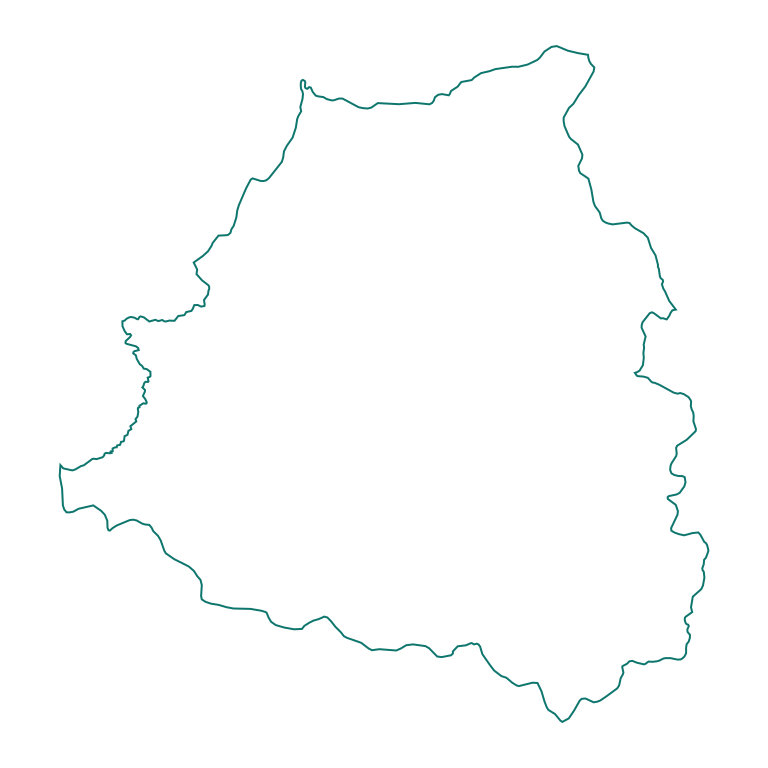 outline of Coromoro, Santander, Colombia
{"feature_id": "7082276B92015443514121", "entity_name": "Coromoro", "entity_type": "district", "adm_level": 2, "iso_a3": "COL", "parent_name": "Colombia", "parent_adm1": "Santander", "projection": "mercator", "projection_center": [-73.011, 6.24], "detail": "fine", "context": "isolated", "style": "outline", "palette": "teal", "viewbox_px": 768, "rotation_deg": 0, "n_neighbors": 0, "source": "geoboundaries", "source_scale": "gbopen_adm2", "svg_char_len": 6056}
<svg xmlns="http://www.w3.org/2000/svg" viewBox="0 0 768 768"><path d="M692.2,612.1L691.0,607.3L692.8,596.7L701.3,589.1L703.0,585.4L704.4,577.7L703.8,571.9L702.5,569.9L702.3,568.2L703.7,564.5L704.1,559.8L706.0,557.6L708.3,551.3L708.3,549.8L707.0,544.8L705.9,543.1L704.2,541.8L700.5,535.0L698.4,532.5L692.8,533.0L684.2,535.3L679.1,534.2L674.6,532.6L671.4,530.7L671.1,528.2L677.5,514.7L677.9,511.1L675.8,504.9L667.9,499.0L667.6,497.2L668.8,496.1L676.5,494.5L679.6,492.9L684.3,486.4L685.5,482.3L684.7,477.2L682.4,476.1L678.5,476.0L674.3,475.0L671.5,473.4L670.1,469.9L670.6,465.6L671.6,463.2L676.2,456.0L676.7,453.5L676.1,447.9L677.2,445.7L686.7,439.8L695.6,431.2L696.0,429.2L693.4,421.3L693.7,416.1L693.2,412.5L691.6,409.2L690.8,406.0L691.1,401.8L690.7,400.3L688.6,397.2L683.8,394.1L680.1,393.0L677.8,393.7L673.8,392.7L659.4,384.8L654.4,382.7L652.8,382.6L651.4,381.8L647.8,377.8L643.5,376.6L637.6,376.1L636.8,375.6L634.9,372.9L637.2,372.1L639.6,370.6L642.9,365.2L643.8,357.8L643.4,353.0L644.1,347.8L643.7,344.7L645.6,336.5L641.6,327.7L641.7,325.2L642.6,322.2L649.7,313.2L651.9,312.3L654.2,313.4L660.9,318.4L662.9,318.2L666.7,319.4L669.3,315.8L670.6,312.8L672.4,310.3L675.8,309.6L669.2,300.9L665.0,291.3L663.3,288.6L661.9,284.3L663.1,281.5L662.7,279.8L660.6,278.1L659.9,276.3L658.8,268.7L657.9,266.8L658.0,265.0L655.5,255.3L651.0,247.9L647.8,237.7L643.5,233.2L634.9,228.2L631.5,225.4L629.5,223.0L626.9,222.6L612.6,224.4L608.2,223.5L605.1,222.3L602.7,220.6L601.3,218.3L599.7,212.5L594.9,205.9L593.4,201.7L591.4,189.7L588.4,178.6L580.2,173.1L579.0,170.5L578.3,165.9L582.0,158.4L582.4,154.7L578.0,144.6L570.9,139.0L569.0,136.6L564.5,126.1L563.6,120.8L563.7,117.5L569.0,107.9L573.4,103.8L578.9,94.9L585.3,86.5L593.6,71.5L594.3,67.4L591.0,64.0L589.4,61.3L588.4,58.0L588.0,54.8L578.4,53.2L567.9,50.7L556.8,46.1L551.5,46.9L544.5,51.5L539.9,57.6L537.2,60.0L527.5,64.6L518.2,66.8L512.2,66.7L495.4,69.1L489.4,71.2L481.1,73.1L474.5,77.3L471.6,80.1L461.3,82.0L457.6,86.7L451.1,90.9L449.8,94.0L448.8,95.3L442.0,94.1L438.1,94.8L434.9,97.3L433.9,100.5L432.2,102.9L429.6,104.3L415.3,102.9L399.1,104.2L377.8,103.1L371.3,107.6L367.7,108.5L362.7,108.1L358.6,107.2L342.6,98.6L339.2,98.5L333.8,100.3L331.3,100.3L326.8,99.1L323.4,97.1L317.9,96.3L315.7,95.6L312.7,91.9L310.8,87.6L309.1,87.1L307.4,88.8L305.6,88.2L304.9,86.7L305.3,82.5L304.7,80.9L302.8,79.9L301.5,80.7L300.8,82.8L300.8,86.7L301.2,89.3L302.3,91.0L303.0,94.1L302.5,99.0L300.3,107.1L301.2,111.2L298.2,116.3L297.2,119.1L295.8,127.8L292.6,137.6L286.9,145.7L284.0,151.3L283.1,157.9L281.8,161.9L268.9,178.2L266.1,180.4L263.0,181.1L260.5,180.9L252.6,178.4L250.7,179.6L246.1,188.3L238.9,205.1L237.3,210.3L236.3,217.6L233.6,226.0L231.5,229.1L230.4,232.9L228.2,234.8L226.5,235.2L218.5,235.6L212.7,242.9L211.5,245.9L208.0,251.3L202.8,256.0L193.7,262.5L197.2,269.6L196.5,274.1L202.0,280.3L208.2,285.1L209.1,286.3L209.2,289.1L208.5,290.6L208.0,294.5L204.0,300.0L204.7,304.7L204.4,306.0L201.2,306.6L197.7,305.0L194.3,305.1L192.8,308.8L191.4,310.9L186.2,312.1L184.7,314.7L184.0,315.2L178.3,316.0L174.5,320.8L169.3,320.6L165.7,321.5L164.3,321.3L162.3,320.0L158.3,321.1L155.4,319.8L149.3,321.5L143.8,317.3L140.6,316.4L139.5,316.9L138.1,319.2L137.2,319.2L134.3,317.6L130.8,317.0L129.2,317.4L126.6,318.7L124.6,320.6L122.4,321.3L122.5,326.3L124.8,331.3L127.0,334.3L130.1,334.0L131.1,335.3L130.2,336.9L125.7,341.1L125.5,343.0L126.5,343.8L135.9,346.3L138.2,348.1L138.7,350.1L134.4,351.2L133.5,352.0L133.2,353.4L135.8,355.2L136.8,359.0L139.8,364.2L142.2,366.0L143.7,368.6L146.7,369.1L150.4,371.8L150.5,376.0L149.7,377.0L147.7,377.6L148.5,381.5L148.1,381.9L145.4,381.8L144.3,383.0L143.1,386.7L142.4,387.4L145.0,390.0L144.9,391.6L142.9,396.0L145.2,399.0L146.6,401.9L146.6,403.2L145.9,403.7L143.3,403.3L139.4,405.8L139.5,407.3L138.2,407.7L137.8,408.8L138.3,411.9L137.5,416.6L135.5,419.2L136.3,421.4L130.4,426.2L131.3,429.1L128.4,430.9L127.5,434.8L124.6,436.2L124.0,440.8L123.2,441.5L121.1,441.8L120.1,444.8L117.2,445.4L116.7,447.3L114.9,447.4L112.6,448.5L112.7,451.3L110.7,451.4L110.5,451.8L111.4,453.0L110.1,453.3L106.1,452.9L104.6,453.7L104.2,455.4L102.7,457.2L96.6,459.1L93.4,458.7L92.3,459.0L83.8,465.3L81.0,466.1L75.2,469.5L72.3,470.4L63.3,468.4L60.4,465.1L59.7,476.1L62.1,488.6L62.9,505.4L64.2,509.4L66.5,512.3L69.5,512.4L73.3,511.7L78.5,508.8L93.3,505.4L101.1,510.8L104.8,514.7L107.3,520.8L107.5,527.7L108.5,530.2L109.8,530.6L112.6,528.1L116.7,525.5L129.7,520.1L133.2,519.7L136.5,520.4L142.2,523.6L145.2,524.5L149.3,524.9L151.6,527.7L153.3,531.2L158.0,535.8L160.7,540.4L164.3,550.7L165.9,553.4L174.3,559.2L188.8,566.5L193.9,570.9L197.3,576.2L200.5,579.9L201.8,585.1L201.1,596.1L201.8,599.4L205.5,601.8L211.1,603.7L218.7,604.9L226.5,607.2L233.4,608.5L250.4,608.9L261.2,610.7L265.6,612.0L266.7,612.9L268.7,617.8L271.2,621.9L275.8,625.1L284.1,627.5L294.1,629.3L302.0,628.9L304.3,625.9L309.5,622.6L313.5,620.6L318.7,619.1L324.3,616.6L327.4,617.5L331.0,621.2L335.5,626.9L341.1,632.5L343.9,636.2L347.1,637.9L361.2,642.8L368.8,648.6L372.0,650.2L379.4,649.2L396.3,650.5L400.8,648.5L406.3,645.2L413.1,644.4L425.4,646.1L429.1,648.2L437.2,656.5L441.7,657.1L451.0,655.3L452.9,653.5L452.9,651.4L457.7,646.3L466.0,645.3L471.0,643.1L472.2,643.3L474.0,644.4L476.8,643.7L478.6,644.5L480.1,646.6L482.4,654.2L490.2,665.4L494.1,670.5L501.4,676.1L506.3,677.7L512.5,682.9L516.6,685.4L518.9,686.1L532.6,682.7L537.5,683.0L541.5,691.3L544.5,701.5L546.8,707.4L548.5,710.0L555.1,714.1L560.3,720.5L562.3,721.9L568.8,718.4L574.0,710.7L579.8,700.5L581.8,698.8L585.5,698.5L593.7,702.3L597.2,701.7L600.1,700.6L605.9,696.7L617.2,688.4L619.1,685.5L620.7,678.2L622.9,674.3L623.4,672.5L622.2,667.0L622.6,666.1L627.0,663.8L629.4,661.3L632.4,660.9L636.9,662.7L643.7,664.3L645.0,664.1L648.5,661.6L652.8,661.8L656.8,661.3L659.4,660.6L663.0,658.7L665.2,658.1L670.4,658.1L677.5,659.6L680.8,659.4L682.5,658.3L684.4,656.6L686.1,653.3L686.1,648.0L686.6,644.3L688.7,641.6L689.9,637.8L689.9,634.7L687.8,632.3L687.4,631.0L687.4,629.4L688.8,626.0L688.2,624.7L686.5,624.1L685.5,622.7L684.7,619.7L684.9,617.8L685.6,616.8L692.2,612.1Z" fill="none" stroke="#0f766e" stroke-width="2"/></svg>